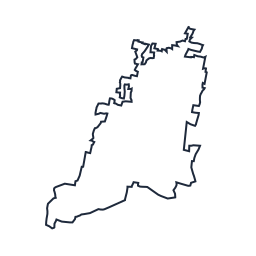 Xocchel, Yucatán, Mexico (Albers equal-area conic projection), rotated 95°
{"feature_id": "50627088B37931435586909", "entity_name": "Xocchel", "entity_type": "district", "adm_level": 2, "iso_a3": "MEX", "parent_name": "Mexico", "parent_adm1": "Yucatán", "projection": "albers", "projection_center": [-89.147, 20.795], "detail": "fine", "context": "isolated", "style": "outline", "palette": "slate", "viewbox_px": 256, "rotation_deg": 95, "n_neighbors": 0, "source": "geoboundaries", "source_scale": "gbopen_adm2", "svg_char_len": 4782}
<svg xmlns="http://www.w3.org/2000/svg" viewBox="0 0 256 256"><g transform="rotate(95 128 128)"><path d="M191.8,92.1L192.9,89.1L194.8,82.3L193.1,75.3L193.0,74.9L192.6,74.9L189.4,75.4L189.0,75.6L186.0,77.3L183.2,75.6L180.8,74.7L179.6,74.7L177.9,75.1L178.8,70.9L180.3,63.3L180.3,62.3L179.9,60.9L177.1,60.4L176.8,59.7L175.3,56.2L174.0,56.6L170.1,58.1L168.0,59.1L163.8,60.7L161.7,61.5L155.4,61.4L155.3,59.6L152.1,59.3L148.2,58.3L143.3,55.9L139.4,54.7L139.5,61.4L140.1,63.2L140.3,65.4L142.5,65.3L145.8,65.1L144.9,70.5L116.9,70.0L118.8,66.1L120.0,61.4L118.4,60.6L117.3,60.5L108.9,58.8L106.9,58.7L106.9,62.4L106.6,65.6L104.5,65.5L99.6,64.9L99.9,59.3L98.0,58.7L96.0,58.4L94.0,58.8L93.0,58.9L91.3,59.0L90.5,59.0L89.4,59.0L88.6,58.7L87.5,58.4L86.4,57.8L84.8,57.2L84.1,56.8L82.7,55.6L81.6,55.1L81.3,57.3L78.3,57.6L76.6,57.4L77.1,56.2L77.3,55.9L77.4,55.6L76.4,55.5L65.7,54.4L65.4,55.0L65.3,55.7L61.9,55.5L61.8,56.5L62.0,57.5L62.4,58.4L50.9,57.2L50.7,57.2L50.3,57.1L51.2,58.8L50.8,60.9L50.6,61.6L50.5,64.6L50.0,66.6L49.5,68.3L51.7,68.5L51.6,69.3L51.7,70.5L51.7,71.3L52.1,71.4L52.1,71.8L51.9,77.5L50.4,77.2L49.8,77.0L44.9,74.9L44.0,74.7L44.7,72.0L45.2,68.7L45.7,65.4L45.9,62.9L42.5,61.4L40.3,61.1L38.9,60.5L38.6,62.0L38.0,63.9L37.5,66.4L37.6,69.3L37.6,69.6L37.4,72.2L36.4,74.4L34.4,74.0L32.4,72.3L32.3,73.9L28.5,72.0L27.6,71.7L25.5,71.2L24.2,70.4L23.9,73.6L23.7,74.8L23.1,76.3L21.4,76.2L28.7,79.5L28.9,76.7L34.0,77.2L34.3,78.4L36.6,78.8L36.1,81.2L37.4,83.7L38.2,87.1L40.3,86.7L41.5,86.1L42.1,85.5L41.9,87.2L41.7,88.2L41.6,91.2L45.5,90.9L44.9,92.0L44.5,94.3L45.1,96.4L45.4,96.6L48.7,96.1L46.9,98.2L46.4,100.9L48.6,101.1L48.5,101.3L48.2,102.4L48.3,105.2L47.2,104.9L46.8,105.0L46.3,108.7L41.7,107.8L41.7,111.0L44.3,112.2L49.0,112.2L50.6,112.2L50.5,110.3L50.5,108.5L53.0,108.6L53.5,108.3L55.8,108.5L56.0,108.5L56.3,109.6L56.3,111.0L56.2,111.4L56.8,113.1L58.2,114.6L59.1,115.5L61.2,115.9L63.0,117.0L63.0,117.5L63.2,118.1L63.2,118.8L63.4,120.1L61.4,120.0L61.1,119.2L56.4,118.8L56.0,120.2L54.8,120.7L53.1,120.4L50.2,118.2L45.5,115.6L45.4,115.6L43.1,114.5L42.5,118.4L43.0,118.5L42.2,121.3L41.5,121.0L41.4,122.5L41.0,125.1L39.7,125.0L39.6,126.4L40.1,126.7L39.9,129.6L40.8,129.9L42.0,130.3L43.0,130.3L44.7,130.7L48.1,131.0L48.9,125.8L49.8,125.9L51.3,127.4L56.7,124.9L57.5,125.5L58.1,125.8L58.6,126.4L59.3,127.5L62.1,127.1L63.2,126.7L63.5,124.6L63.7,124.2L63.7,123.7L65.8,124.7L66.0,124.7L66.1,124.8L67.4,125.5L69.5,126.3L70.3,125.3L71.1,123.1L75.6,123.6L75.4,125.6L74.8,128.5L75.0,129.3L75.5,129.7L78.3,129.9L78.2,131.6L78.0,131.8L77.9,135.8L77.3,138.3L78.0,138.7L81.2,140.1L82.0,139.9L82.4,139.9L83.3,140.1L83.6,139.9L84.3,139.6L85.2,139.5L86.3,139.4L87.8,139.4L89.0,139.4L89.9,142.6L93.4,142.7L93.5,140.7L93.4,139.0L95.1,139.0L96.3,138.7L98.2,138.9L98.8,136.8L99.0,134.7L96.3,134.4L92.0,134.4L88.9,135.0L86.0,135.3L84.9,135.0L84.9,132.8L84.4,131.1L85.7,130.8L86.2,130.7L87.2,130.8L89.1,131.1L88.8,128.2L88.5,127.8L90.8,127.7L92.5,128.3L94.9,128.2L97.9,128.1L100.0,126.9L101.6,126.7L101.6,132.6L102.3,135.7L106.2,136.7L105.8,140.1L104.7,142.3L104.6,142.8L104.6,143.6L104.4,144.0L103.9,143.8L101.4,143.7L100.9,144.5L100.2,146.1L100.0,147.5L100.1,148.6L102.5,148.9L103.6,149.0L104.6,149.0L105.6,149.1L106.5,149.3L106.4,149.8L106.5,150.5L106.2,151.7L105.8,153.3L105.7,154.7L105.7,155.6L105.7,156.1L105.9,156.5L106.2,159.5L109.8,160.9L110.2,161.1L111.7,161.2L112.7,161.4L115.9,161.7L117.4,161.5L116.4,158.5L116.1,157.9L115.4,156.9L115.9,153.1L115.4,151.3L115.3,150.6L115.4,149.8L118.0,150.3L123.5,151.6L124.1,155.4L124.6,155.5L125.7,155.7L126.4,156.2L129.9,158.5L130.9,160.1L131.1,161.0L133.4,161.8L136.8,162.5L137.8,162.4L140.5,161.7L141.3,161.7L143.6,164.1L143.7,163.2L144.0,162.3L144.8,161.1L144.9,160.4L145.3,160.5L145.5,160.8L147.5,161.4L147.9,162.1L148.3,162.7L149.2,162.6L150.5,162.7L153.1,163.1L154.2,163.2L154.9,163.3L156.3,163.5L156.0,166.0L155.6,167.4L155.6,168.0L170.5,169.3L170.8,170.0L170.7,170.7L179.7,172.0L184.7,173.7L185.6,175.7L189.7,175.9L189.0,186.1L193.1,194.7L193.6,195.4L194.3,196.1L194.6,196.3L196.5,196.3L198.3,195.5L200.7,194.7L202.7,194.4L203.8,193.9L204.6,196.1L210.4,201.1L211.8,201.3L215.0,201.6L217.9,201.0L220.6,200.8L225.2,201.2L228.6,201.3L231.6,201.2L232.8,197.8L234.6,194.8L233.8,193.0L233.4,192.7L229.7,192.9L226.9,191.7L225.4,191.3L227.0,185.8L227.1,177.9L227.1,177.5L226.9,175.1L223.4,172.9L221.1,172.6L220.8,171.2L219.9,169.6L219.5,168.5L218.2,166.9L217.6,164.2L216.1,158.5L211.4,150.4L211.6,148.2L211.5,145.9L211.4,145.6L211.0,144.4L208.6,139.9L200.1,124.7L198.9,124.7L192.3,123.6L187.7,123.3L186.5,123.4L186.3,119.2L185.4,119.1L182.6,118.0L181.5,117.7L181.8,113.0L183.5,113.1L184.6,113.0L185.3,111.0L185.3,110.8L185.3,110.5L185.3,110.4L185.3,110.1L185.3,108.8L185.1,105.0L185.1,104.7L185.1,103.6L191.8,92.1Z" fill="none" stroke="#1e293b" stroke-width="2"/></g></svg>